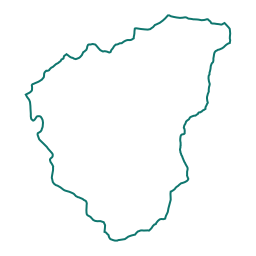 Gozhing, Shemgang, Bhutan
{"feature_id": "84629894B58604121437268", "entity_name": "Gozhing", "entity_type": "district", "adm_level": 2, "iso_a3": "BTN", "parent_name": "Bhutan", "parent_adm1": "Shemgang", "projection": "natural_earth1", "projection_center": [90.921, 26.963], "detail": "fine", "context": "isolated", "style": "outline", "palette": "teal", "viewbox_px": 256, "rotation_deg": 0, "n_neighbors": 0, "source": "geoboundaries", "source_scale": "gbopen_adm2", "svg_char_len": 5749}
<svg xmlns="http://www.w3.org/2000/svg" viewBox="0 0 256 256"><path d="M25.8,94.6L27.0,96.9L29.1,99.7L30.0,102.0L30.4,106.0L30.5,108.8L30.8,113.6L30.8,116.4L31.2,118.8L31.9,119.6L32.9,120.5L33.6,120.5L34.7,119.6L35.9,117.9L36.7,116.6L37.8,116.2L39.3,116.2L40.1,116.4L40.8,116.8L41.3,117.7L41.7,118.1L42.6,120.1L43.0,122.7L42.8,124.9L42.7,126.4L42.4,127.7L42.0,128.4L41.5,130.2L40.6,131.5L38.7,132.7L37.8,133.2L37.6,134.0L37.6,134.8L38.4,137.1L39.2,139.3L40.4,140.6L43.2,143.3L46.9,147.0L48.0,148.6L51.0,152.0L52.2,153.4L52.7,154.3L52.7,155.6L52.6,156.3L52.2,157.1L50.5,158.6L50.0,159.4L50.0,160.1L50.5,161.9L52.1,164.3L52.9,165.9L53.2,166.7L53.0,167.6L53.1,168.8L53.0,170.4L52.3,174.3L52.0,176.0L51.9,176.9L51.8,177.9L52.1,178.8L52.8,182.0L54.0,183.7L55.8,185.1L57.6,185.7L60.5,187.4L63.6,189.8L64.7,190.4L65.9,190.8L67.3,191.2L69.4,191.8L71.3,192.6L72.9,193.3L74.0,194.0L75.0,195.1L75.9,196.1L76.5,196.4L78.0,197.2L78.8,197.3L79.9,197.8L81.6,198.5L82.7,199.0L83.3,199.5L83.9,200.0L84.6,200.3L85.2,200.6L86.1,201.3L86.6,202.6L86.8,203.6L86.6,205.5L86.6,206.5L86.4,210.2L86.5,212.2L86.5,212.8L86.7,213.7L86.8,214.3L87.2,214.9L88.1,215.6L89.3,216.2L90.6,217.0L91.6,218.2L92.5,219.1L92.9,219.7L93.3,220.0L94.9,220.8L95.8,221.0L97.3,221.2L100.4,221.1L103.7,222.2L105.1,225.2L104.9,228.1L104.5,231.9L105.1,232.1L106.1,232.6L106.6,233.2L107.0,233.7L107.9,234.5L108.6,235.2L108.8,236.4L109.2,237.4L109.7,238.2L110.0,238.7L110.6,239.2L111.3,239.4L112.0,239.7L113.1,240.1L114.2,240.4L114.9,240.6L116.2,240.6L117.3,240.6L118.3,240.1L119.9,239.9L122.5,239.5L124.9,239.1L127.0,237.6L128.2,236.7L129.7,236.1L131.8,235.4L133.8,234.9L135.1,234.6L136.2,233.1L137.8,231.5L138.5,231.3L140.5,230.5L141.4,230.4L142.2,230.4L143.1,230.5L144.1,230.5L145.3,230.5L147.6,230.4L149.0,230.6L149.8,229.9L150.8,228.9L151.7,227.9L152.8,226.1L154.4,224.5L155.8,224.1L156.3,222.9L157.9,220.9L159.7,219.4L161.3,219.0L162.6,219.1L163.8,219.1L165.2,218.6L165.4,217.6L166.0,215.7L167.2,213.3L167.8,211.9L168.2,209.7L168.4,208.5L168.6,207.7L170.7,199.8L170.6,196.6L170.5,194.6L170.5,193.2L170.7,191.6L171.2,191.5L173.3,190.2L174.1,189.6L174.9,188.9L175.3,188.2L175.7,187.8L176.3,187.1L177.0,186.6L178.2,185.8L178.9,185.1L179.4,184.6L180.0,184.2L180.8,183.5L181.3,183.2L182.0,183.1L182.9,182.8L183.6,182.6L185.3,181.9L186.1,181.4L187.1,180.8L187.8,180.0L188.3,179.0L188.2,178.3L187.8,177.8L187.6,177.1L187.3,176.3L187.0,175.4L187.1,174.7L187.1,174.1L187.1,173.1L187.1,171.6L187.3,170.9L187.4,170.2L187.6,169.4L187.6,168.3L187.5,167.7L187.1,166.8L186.6,166.0L186.0,164.9L185.6,164.3L185.4,163.7L184.9,162.7L184.4,162.0L183.8,160.6L183.5,159.9L183.2,159.1L182.9,158.4L182.5,157.5L182.3,156.7L182.1,156.2L181.3,154.9L181.0,153.6L180.6,152.8L180.4,152.2L180.4,151.4L180.2,150.8L180.0,149.7L180.1,148.9L180.5,147.0L180.4,146.0L180.7,145.3L180.6,144.6L180.6,142.7L180.4,141.7L180.2,140.1L180.3,138.3L180.6,136.2L180.9,135.6L181.3,134.9L182.1,134.4L183.0,134.3L183.7,134.1L184.3,133.8L184.7,133.2L184.6,132.5L184.7,131.8L184.7,130.8L184.7,130.2L184.5,129.5L184.4,128.8L183.8,127.8L184.0,126.8L184.2,125.8L184.6,124.9L185.3,123.8L185.8,122.5L186.1,121.5L186.7,121.0L187.3,120.4L188.2,119.8L188.9,119.3L189.3,118.7L189.7,117.9L190.4,117.1L191.3,116.7L192.5,116.2L194.0,115.7L195.5,115.6L196.3,115.0L196.7,114.6L197.7,114.1L198.2,113.4L198.4,112.8L199.0,112.4L199.7,112.3L200.4,112.3L201.0,111.8L201.6,111.6L202.1,111.1L202.7,110.5L203.3,110.2L203.8,110.0L204.8,109.3L205.4,109.0L205.5,108.1L205.5,107.3L205.8,106.6L206.3,105.7L206.8,104.6L207.0,104.0L207.5,103.3L207.8,102.8L207.7,102.2L207.3,101.0L207.2,100.0L207.0,98.7L207.0,97.4L207.1,96.6L207.5,95.3L207.8,94.0L208.5,92.3L208.8,91.4L208.7,90.1L209.0,87.1L209.4,85.9L209.7,84.5L209.7,83.8L209.5,83.2L209.3,82.5L209.0,81.5L208.8,80.4L208.5,78.2L208.6,76.8L208.6,76.1L209.0,75.2L209.5,74.5L209.5,72.7L210.0,71.1L210.5,68.8L210.8,66.0L211.5,64.0L212.1,63.0L212.7,62.5L213.1,61.9L213.4,60.4L213.4,58.3L213.7,56.8L214.1,54.1L214.6,52.4L215.6,51.1L216.9,50.5L217.7,49.9L219.4,49.5L222.1,48.3L223.7,47.2L224.8,46.1L226.0,45.0L226.8,44.4L228.5,43.4L229.8,43.0L230.2,40.2L229.8,38.4L229.9,36.4L230.2,33.6L229.9,30.3L229.7,28.8L228.7,27.5L226.5,25.1L225.1,23.6L224.5,23.0L222.0,24.4L221.2,24.6L219.1,24.2L215.7,23.8L214.8,23.6L212.4,23.5L211.3,23.2L210.4,21.6L209.6,20.9L208.6,20.1L208.0,19.4L207.1,19.2L205.4,19.7L204.1,20.0L201.6,20.2L198.4,19.6L196.0,19.4L193.3,19.3L191.1,18.9L188.4,18.6L186.6,17.6L185.9,17.4L185.1,17.3L182.6,17.7L180.0,17.9L176.8,17.5L174.1,17.0L171.0,16.3L169.3,15.4L167.9,15.4L165.2,18.4L162.9,20.5L159.8,22.8L156.4,24.4L154.9,25.0L153.1,27.1L151.4,28.2L150.3,29.1L147.8,29.6L144.9,29.4L140.9,29.0L136.4,28.3L135.1,28.4L134.7,28.9L134.7,29.8L134.5,30.9L134.4,33.4L134.1,35.4L133.8,36.7L133.7,38.4L132.6,39.0L131.6,39.7L130.5,40.0L129.5,40.1L127.9,40.0L126.5,40.3L125.3,40.8L123.7,41.7L122.6,42.5L121.7,43.2L119.7,43.3L118.6,43.9L118.0,44.2L116.4,44.6L115.7,44.6L114.1,46.2L112.7,48.5L111.5,49.8L110.5,52.1L109.2,52.5L106.9,51.6L105.4,51.3L104.2,51.2L103.0,51.5L101.7,50.9L100.2,50.1L98.3,48.0L96.9,46.3L95.4,44.6L94.2,44.3L92.7,44.0L90.0,44.6L89.1,44.4L88.1,44.8L87.3,46.4L87.0,48.2L86.3,49.9L85.1,50.8L84.5,51.5L83.4,52.0L82.7,53.3L81.9,55.1L80.1,57.1L79.0,57.9L77.5,58.5L75.8,59.1L74.1,58.7L72.6,57.8L71.4,57.6L69.6,56.6L68.3,55.5L66.5,54.2L65.8,54.8L64.2,55.9L63.6,57.5L63.5,58.4L62.7,59.0L61.5,59.4L60.5,61.2L59.0,62.2L58.5,62.8L57.4,63.4L55.9,64.2L54.0,65.9L52.9,66.9L51.4,67.6L50.4,68.5L49.5,69.5L49.2,70.1L48.5,70.5L47.0,70.9L46.3,70.7L45.6,71.3L44.6,72.4L44.1,73.8L44.1,75.1L43.9,76.7L43.7,77.4L43.2,78.0L42.6,78.6L42.0,79.5L40.6,80.4L39.4,81.2L38.1,81.9L35.0,83.2L33.7,83.8L32.5,84.2L31.8,85.2L32.1,87.3L32.0,90.0L31.5,91.0L30.2,92.2L29.1,92.9L26.9,94.0L25.8,94.6Z" fill="none" stroke="#0f766e" stroke-width="2"/></svg>